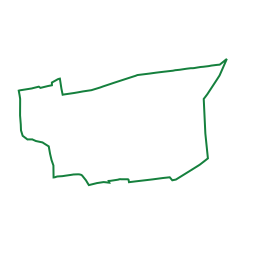 Nazareno Etla, Oaxaca, Mexico (Mercator projection), rotated 173°
{"feature_id": "50627088B30693965136566", "entity_name": "Nazareno Etla", "entity_type": "district", "adm_level": 2, "iso_a3": "MEX", "parent_name": "Mexico", "parent_adm1": "Oaxaca", "projection": "mercator", "projection_center": [-96.827, 17.182], "detail": "fine", "context": "isolated", "style": "outline", "palette": "green", "viewbox_px": 256, "rotation_deg": 173, "n_neighbors": 0, "source": "geoboundaries", "source_scale": "gbopen_adm2", "svg_char_len": 1566}
<svg xmlns="http://www.w3.org/2000/svg" viewBox="0 0 256 256"><g transform="rotate(173 128 128)"><path d="M213.2,122.9L208.9,119.4L208.5,111.9L207.8,105.5L206.6,99.9L207.9,88.0L206.6,88.0L205.3,88.3L204.1,88.5L199.0,88.2L195.7,88.3L190.6,88.4L187.7,88.5L184.1,88.2L182.3,88.0L180.6,87.4L179.9,87.0L179.3,86.4L176.1,81.2L174.6,77.8L173.8,76.1L165.5,77.1L158.9,77.3L157.4,77.0L154.5,76.3L153.2,76.0L153.6,77.8L152.0,77.7L145.0,77.9L143.5,78.0L143.0,78.2L141.7,78.1L140.1,77.8L134.7,77.2L134.3,77.1L134.0,76.9L133.8,76.6L133.8,76.3L133.7,75.6L133.6,74.1L126.2,74.1L110.2,74.0L99.4,74.1L92.6,74.0L90.4,70.7L86.7,71.0L73.5,77.1L61.3,82.8L52.4,88.1L51.9,113.1L49.3,147.6L45.2,151.8L33.6,165.5L30.7,169.0L21.5,184.5L29.2,179.7L32.4,179.8L35.0,179.8L37.5,179.8L40.5,179.6L42.9,179.6L45.7,179.6L48.5,179.7L51.5,179.6L55.5,179.4L58.7,179.7L62.5,179.7L66.2,179.6L69.6,179.5L74.1,179.6L76.4,179.4L86.7,179.5L93.6,179.5L100.1,179.4L108.4,179.4L111.8,179.4L112.2,179.4L114.1,178.9L114.5,178.8L115.7,178.6L120.4,177.7L135.8,174.7L137.3,174.4L140.2,173.8L147.7,172.3L150.2,171.7L150.4,171.7L150.7,171.6L159.7,170.0L164.0,169.9L168.3,169.8L173.1,169.5L175.3,169.4L177.6,169.3L187.1,169.1L188.8,169.0L189.3,175.2L189.6,185.3L190.6,185.2L191.9,184.9L193.3,184.3L198.0,182.4L198.3,179.7L202.4,179.4L210.0,178.5L211.5,179.9L218.0,179.1L218.4,179.0L229.7,178.6L231.2,178.5L231.9,178.4L231.6,173.6L231.5,170.1L231.6,169.2L233.6,153.6L234.0,144.5L234.5,138.7L233.5,133.1L229.2,128.9L224.5,128.4L221.0,126.3L214.6,124.1L213.2,122.9Z" fill="none" stroke="#15803d" stroke-width="2"/></g></svg>